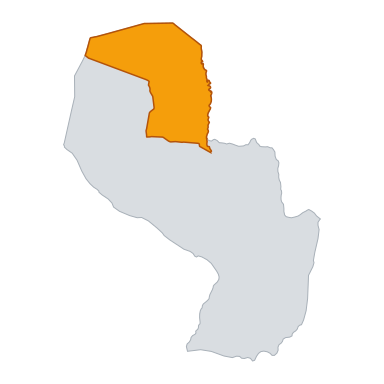 where Alto Paraguay sits in Paraguay
{"feature_id": "PRY-597", "entity_name": "Alto Paraguay", "entity_type": "Department", "adm_level": 1, "iso_a3": "PRY", "parent_name": "Paraguay", "parent_adm1": "", "projection": "equal_earth", "projection_center": [-58.696, -20.855], "detail": "fine", "context": "in_parent", "style": "filled", "palette": "amber", "viewbox_px": 384, "rotation_deg": 0, "n_neighbors": 0, "source": "natural_earth", "source_scale": "10m", "svg_char_len": 6165}
<svg xmlns="http://www.w3.org/2000/svg" viewBox="0 0 384 384"><path d="M201.3,59.5L202.0,62.5L202.4,64.8L203.4,66.4L204.4,68.6L205.4,69.8L206.2,71.9L205.9,74.2L206.3,77.2L206.9,79.8L207.4,80.5L208.8,81.2L209.5,83.6L209.0,84.8L209.2,86.1L209.7,87.5L209.3,88.7L209.5,89.7L210.5,90.6L211.4,93.9L211.5,99.5L210.5,102.5L209.7,105.0L209.5,106.5L210.1,108.6L209.0,111.2L207.8,114.4L208.1,116.5L208.3,118.6L208.4,120.8L208.7,122.8L208.3,125.0L207.9,126.9L207.7,129.1L208.2,131.5L207.3,133.8L206.8,135.5L206.6,137.1L207.5,139.7L209.8,140.8L211.6,141.0L213.3,139.7L214.7,139.3L217.1,140.5L219.3,142.7L222.1,142.9L224.7,143.3L226.6,144.0L229.4,143.2L232.4,144.0L235.8,145.3L238.7,146.3L241.5,146.1L243.6,145.9L245.9,144.7L248.0,144.8L249.6,142.7L250.5,140.8L251.4,139.4L253.7,138.3L255.3,139.0L256.6,142.5L258.9,144.6L259.8,146.1L261.5,146.7L265.3,146.9L267.6,146.7L270.3,147.8L272.0,147.8L273.5,149.7L274.9,152.0L275.1,156.2L276.3,159.5L278.1,160.7L278.9,162.8L278.6,165.6L277.8,168.5L277.9,171.6L278.8,174.4L278.7,177.3L279.3,180.1L280.5,182.5L280.9,186.5L280.7,189.3L281.5,190.9L281.7,193.2L281.2,195.1L281.0,197.7L281.1,200.0L281.7,201.9L283.5,204.3L283.9,208.6L283.9,211.6L284.7,215.1L286.2,216.7L288.6,217.3L291.4,217.8L294.8,217.0L297.9,216.1L299.6,215.1L302.9,212.6L305.9,211.1L307.4,210.1L308.8,209.5L311.7,211.1L314.4,213.1L316.5,215.9L320.4,219.0L319.6,219.8L318.0,222.3L318.0,225.3L319.1,229.6L318.0,238.6L314.8,252.4L313.4,260.5L314.0,262.7L312.8,266.8L308.5,275.4L308.3,281.2L307.6,298.6L306.1,310.8L303.6,319.9L301.5,324.7L299.5,325.3L298.1,326.7L297.3,329.0L295.7,330.9L293.4,332.4L292.2,334.1L292.0,335.9L289.8,337.1L285.6,337.6L283.2,339.1L282.4,341.5L281.0,343.3L279.0,344.7L278.0,347.1L278.1,350.3L276.9,353.1L274.4,355.4L272.1,355.4L270.1,353.3L267.3,351.8L263.8,351.1L260.9,351.6L258.5,353.4L256.5,356.3L254.6,360.3L252.6,361.0L250.4,358.3L247.7,357.5L244.3,358.5L241.6,358.2L239.6,356.4L236.5,356.2L232.4,357.6L224.0,356.0L211.3,351.4L200.6,349.7L187.5,351.3L186.4,346.6L187.1,344.0L189.2,342.1L190.6,339.9L191.1,337.4L192.6,335.6L195.0,334.3L196.0,333.0L195.7,331.6L196.2,330.5L197.6,329.5L198.4,327.9L198.5,325.7L199.1,324.6L200.0,323.8L200.1,322.3L199.6,317.6L199.7,313.8L200.3,310.8L201.1,309.0L201.7,308.5L202.2,307.4L202.4,305.6L203.3,304.0L207.5,300.5L209.1,298.6L209.3,296.9L209.9,294.6L212.4,289.6L213.2,287.3L213.3,286.1L214.1,284.9L217.2,282.1L218.8,279.5L219.1,277.0L218.4,274.3L216.7,271.2L211.3,263.4L207.1,259.8L201.8,256.9L198.2,255.9L196.5,257.0L194.8,256.2L193.1,253.5L190.1,251.4L183.9,249.2L169.9,240.0L164.2,235.6L162.3,232.9L157.0,228.0L148.4,220.9L141.7,217.5L137.1,217.7L129.7,215.6L119.5,211.3L113.6,207.1L112.0,203.1L108.2,199.0L102.2,195.0L99.0,192.3L98.8,191.0L97.0,189.3L93.7,187.2L90.0,183.7L86.0,178.7L81.7,170.9L77.1,160.3L72.2,153.2L67.0,149.6L64.4,147.1L64.4,145.9L63.6,144.8L64.3,142.8L66.1,134.7L68.7,123.1L71.4,111.0L74.7,96.7L74.6,86.6L74.5,75.9L79.2,67.1L82.5,60.9L85.4,54.9L88.3,44.7L90.3,37.9L97.8,36.3L110.6,32.8L117.0,31.0L130.5,27.3L144.2,23.5L158.7,23.3L172.6,23.0L183.4,31.5L191.6,38.0L200.7,45.1L201.3,46.6L201.9,52.6L201.3,59.5Z" fill="#d9dde1" stroke="#a8b0b8" stroke-width="1"/><path d="M201.3,59.5L201.4,60.1L201.5,60.3L201.8,60.2L202.0,60.3L202.2,60.6L202.5,61.1L202.6,61.5L201.4,62.0L201.2,62.7L201.4,63.5L202.0,64.0L202.2,63.9L202.3,63.7L202.5,63.5L202.9,63.4L203.1,63.6L203.3,63.9L203.4,64.3L203.2,65.4L203.2,66.5L203.4,67.5L203.7,68.2L204.2,68.9L204.8,69.6L205.5,70.1L206.1,70.2L206.5,70.6L206.5,71.3L206.0,72.5L205.9,73.3L205.9,74.4L206.1,75.4L206.4,76.4L206.4,76.8L206.4,77.7L206.5,78.3L206.9,79.1L207.0,79.6L207.0,80.0L206.8,80.8L206.8,81.3L207.0,81.8L207.3,82.1L207.5,82.0L207.8,80.6L208.2,80.3L208.7,80.3L209.2,80.7L209.3,81.0L209.5,81.6L209.6,81.9L209.8,82.1L210.2,82.5L210.5,82.8L210.6,83.2L210.3,83.6L210.0,83.8L209.3,83.9L209.1,84.2L208.7,84.7L208.3,85.1L208.0,85.5L209.0,85.8L209.7,86.0L210.2,86.4L210.5,87.0L210.6,87.8L210.3,88.2L209.0,89.1L208.7,89.6L208.8,90.1L209.0,90.3L209.3,90.5L209.5,90.5L210.2,91.2L210.9,92.2L211.1,92.2L211.2,91.4L211.8,92.1L211.8,93.0L211.6,93.9L210.7,95.5L210.7,96.1L211.2,97.4L211.4,99.2L211.3,101.2L210.8,102.9L210.1,104.2L209.3,105.0L209.1,105.3L209.1,105.8L209.2,106.2L209.4,106.4L209.5,106.6L209.8,107.0L210.3,107.2L210.6,107.6L210.4,108.7L208.3,112.7L207.8,114.1L207.7,114.9L207.7,115.9L208.0,116.6L208.6,116.9L208.8,117.2L208.6,118.1L208.2,119.0L208.0,119.7L208.1,120.4L208.5,121.1L208.8,121.7L209.2,122.0L209.3,122.4L208.0,125.1L208.0,125.9L208.1,126.7L208.1,127.5L207.7,128.4L207.5,129.1L207.8,129.7L208.2,130.3L208.4,131.3L208.3,131.8L207.6,133.5L207.3,133.8L207.2,134.2L206.5,136.6L206.5,137.2L206.5,137.8L206.5,138.2L206.9,138.5L206.7,138.9L206.9,140.6L207.1,141.3L206.8,143.8L206.9,144.8L207.1,145.7L207.4,146.2L207.9,146.5L208.7,146.5L209.3,146.7L209.5,147.1L209.8,148.5L211.3,150.7L211.4,151.2L210.8,151.8L210.6,152.1L210.7,152.6L200.2,146.7L199.7,146.4L199.5,146.0L199.3,144.0L198.8,143.6L198.0,143.3L183.6,142.1L182.0,142.3L175.5,141.6L170.8,141.9L170.3,141.8L169.6,141.6L168.4,141.0L165.0,138.6L163.5,137.5L162.6,137.1L151.5,136.6L149.8,136.9L147.0,137.0L146.7,136.9L146.6,136.4L146.6,135.2L146.1,131.4L146.1,131.0L146.1,130.5L146.6,128.8L149.3,113.4L149.4,112.9L149.6,112.6L150.0,112.0L150.5,111.5L153.6,109.1L153.8,109.0L153.9,108.8L153.9,108.6L154.0,108.4L154.0,108.2L154.1,107.8L154.1,107.4L152.8,96.8L152.5,95.9L152.3,95.6L150.6,92.7L150.0,91.3L149.9,91.0L149.9,90.6L150.0,89.5L150.0,89.2L150.0,88.8L149.8,87.8L149.6,87.3L149.3,86.5L148.6,85.4L148.5,85.2L148.5,84.9L148.5,84.7L149.1,81.5L148.3,80.7L146.1,79.6L88.5,58.1L85.6,55.8L85.2,55.3L85.4,54.8L85.8,53.7L86.2,52.7L87.0,49.6L87.9,46.6L88.7,43.5L89.5,40.5L90.1,38.5L90.4,38.0L90.9,37.7L93.6,37.2L94.3,37.0L95.7,36.8L97.2,36.5L97.8,36.3L108.3,33.5L118.7,30.6L129.2,27.7L139.6,24.8L144.3,23.5L146.8,23.5L152.6,23.4L158.5,23.3L164.3,23.2L170.1,23.1L172.6,23.1L173.2,23.3L174.2,24.1L175.0,24.9L176.6,26.1L179.5,28.4L182.4,30.7L185.2,32.9L188.1,35.2L191.0,37.5L193.9,39.7L196.8,42.0L199.6,44.3L200.9,45.2L201.2,45.7L201.3,46.3L201.2,47.7L201.3,49.0L201.8,51.4L201.9,52.7L201.8,53.6L201.8,55.3L201.8,56.2L201.3,58.4L201.3,59.5Z" fill="#f59e0b" stroke="#b45309" stroke-width="1.5"/></svg>